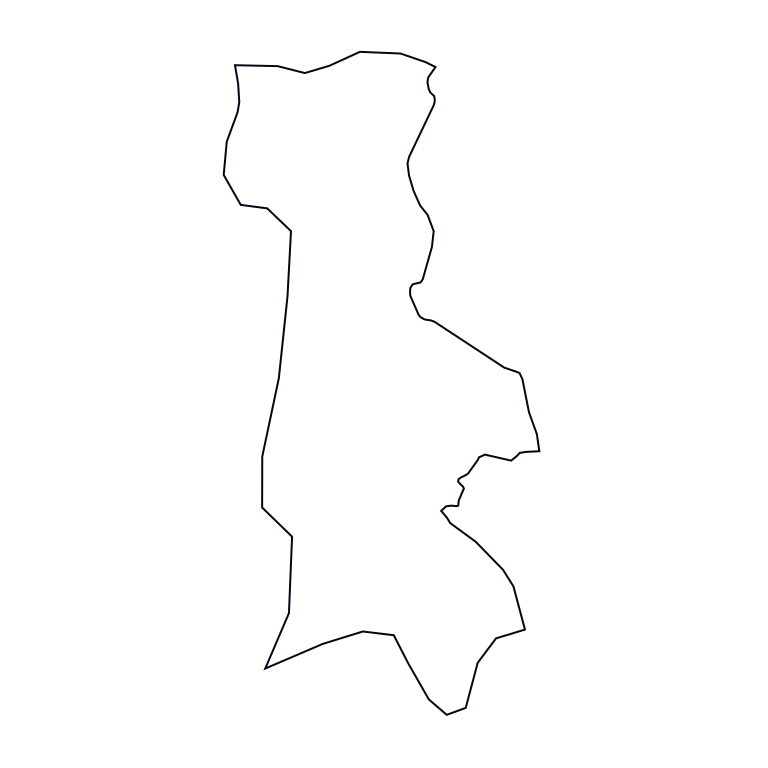 the border of Sirnak, rotated 268°
{"feature_id": "TUR-3044", "entity_name": "Sirnak", "entity_type": "Province", "adm_level": 1, "iso_a3": "TUR", "parent_name": "Turkey", "parent_adm1": "", "projection": "robinson", "projection_center": [42.613, 37.438], "detail": "fine", "context": "isolated", "style": "outline", "palette": "ink", "viewbox_px": 768, "rotation_deg": 268, "n_neighbors": 0, "source": "natural_earth", "source_scale": "10m", "svg_char_len": 1315}
<svg xmlns="http://www.w3.org/2000/svg" viewBox="0 0 768 768"><g transform="rotate(268 384 384)"><path d="M535.0,439.0L519.4,436.7L487.6,426.5L484.3,424.2L482.6,416.1L479.2,413.7L474.6,413.2L471.2,413.4L452.2,420.9L449.7,422.6L447.3,426.4L446.5,429.6L446.0,432.9L444.5,436.5L396.2,504.7L391.4,517.3L390.1,519.9L384.0,522.5L350.7,527.9L328.6,535.0L311.4,536.9L311.2,523.7L310.4,517.2L307.4,514.3L303.0,508.4L309.9,482.4L307.4,476.4L304.8,475.1L291.6,464.9L290.0,462.4L288.0,457.8L286.4,455.3L284.0,454.6L281.4,456.6L279.0,459.2L276.8,460.2L265.1,454.7L259.8,453.9L259.4,451.9L260.1,447.2L259.6,441.8L255.2,436.7L248.2,442.2L242.6,445.4L223.2,470.1L194.1,496.5L177.2,506.3L133.7,516.3L133.6,516.2L125.9,487.1L102.1,467.9L57.5,454.4L51.2,435.1L67.2,417.8L103.9,398.5L132.6,385.0L137.4,354.2L126.4,313.7L103.8,255.4L158.3,281.0L234.6,286.8L264.8,257.9L315.7,259.8L393.4,279.1L474.8,290.6L540.0,296.4L563.6,273.4L568.0,247.1L598.5,231.1L631.6,235.3L660.6,247.1L670.6,249.2L689.2,248.7L707.8,246.2L705.4,288.7L697.5,315.7L704.0,340.7L716.8,371.5L713.7,412.0L704.2,436.8L699.0,446.5L688.8,438.9L684.2,438.0L677.1,439.0L673.7,440.5L670.1,444.1L666.7,444.7L663.4,444.3L660.8,443.4L610.1,417.0L603.5,415.2L591.5,416.3L576.0,420.3L561.2,426.3L551.4,433.5L535.0,439.0Z" fill="none" stroke="#020617" stroke-width="2"/></g></svg>